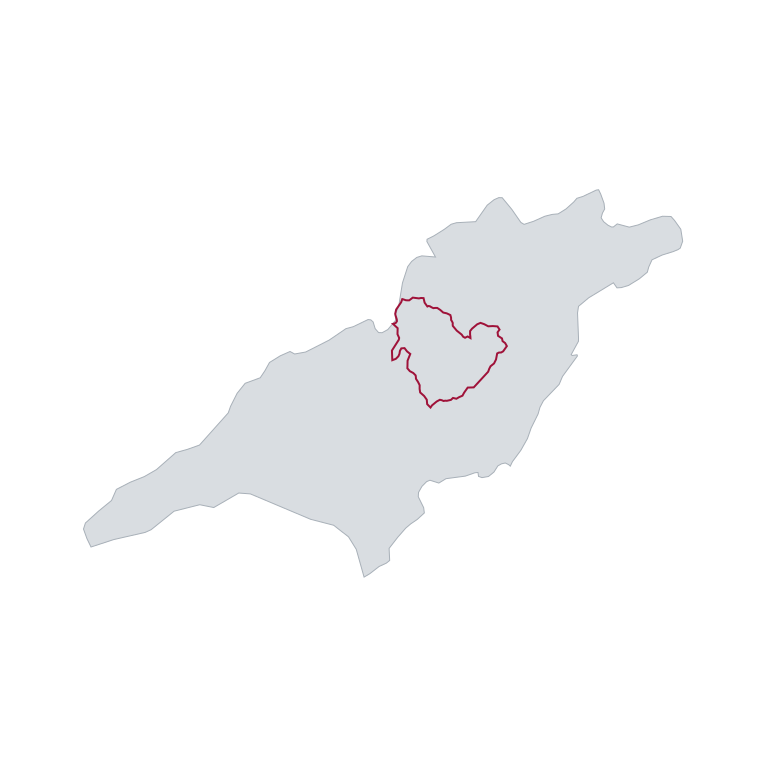 where Shida Kartli sits in Georgia, rotated 307°
{"feature_id": "GEO-3039", "entity_name": "Shida Kartli", "entity_type": "Region", "adm_level": 1, "iso_a3": "GEO", "parent_name": "Georgia", "parent_adm1": "", "projection": "mercator", "projection_center": [44.031, 42.172], "detail": "fine", "context": "in_parent", "style": "outline", "palette": "rose", "viewbox_px": 768, "rotation_deg": 307, "n_neighbors": 0, "source": "natural_earth", "source_scale": "10m", "svg_char_len": 3607}
<svg xmlns="http://www.w3.org/2000/svg" viewBox="0 0 768 768"><g transform="rotate(307 384 384)"><path d="M394.4,534.3L394.6,532.0L393.9,528.4L391.0,525.9L387.1,524.2L379.8,524.8L373.0,523.1L368.2,518.6L367.1,515.1L369.9,512.3L367.8,510.0L359.4,504.4L345.7,490.5L337.9,487.4L334.8,478.6L331.7,476.8L325.1,475.9L318.2,476.8L316.7,477.8L314.6,479.2L309.1,490.1L305.3,493.8L296.0,492.1L288.3,489.5L282.0,488.1L269.8,487.2L255.8,487.0L246.5,494.7L242.4,493.7L235.3,489.9L223.9,486.8L217.8,484.3L235.3,461.3L240.6,447.6L240.7,439.2L240.9,428.8L231.8,406.9L224.0,375.9L215.8,343.4L209.5,333.6L182.9,322.4L176.7,309.5L156.1,292.9L127.5,285.7L121.8,282.6L97.0,261.7L77.5,248.1L81.7,239.9L87.3,231.3L93.3,229.2L110.9,232.6L127.0,236.5L138.8,233.7L152.9,240.5L165.8,248.3L178.7,253.8L203.9,259.0L213.3,266.2L224.2,273.4L267.2,277.0L270.7,275.9L273.8,274.9L288.2,272.3L301.0,272.7L314.5,281.4L323.1,280.9L332.3,279.6L344.1,284.2L353.4,289.4L354.2,294.6L362.4,302.2L386.1,313.8L405.3,320.3L411.2,324.9L425.9,332.5L427.3,334.9L427.0,338.0L422.9,343.6L421.8,348.7L423.8,351.6L429.8,354.3L441.9,354.9L446.2,351.3L455.2,348.8L464.1,344.1L475.9,337.9L492.1,332.3L498.5,332.3L504.8,334.0L509.1,337.1L516.4,348.7L523.6,332.5L525.5,331.3L532.1,334.6L543.9,339.1L552.0,341.5L556.4,344.8L568.8,359.5L588.9,358.8L597.4,361.0L601.9,363.5L603.9,366.3L600.4,380.9L595.4,396.1L595.8,399.8L603.9,405.5L614.8,411.5L620.7,416.3L624.7,420.7L633.3,424.0L643.5,426.0L648.4,426.3L653.4,429.9L666.6,436.8L668.3,438.5L666.0,442.9L660.8,450.9L656.6,454.9L652.0,455.6L647.4,457.4L645.8,461.7L645.6,467.2L646.3,471.2L647.5,472.7L652.2,473.9L656.9,485.5L664.1,491.3L675.5,498.0L685.6,505.5L690.5,512.4L689.5,517.5L686.2,527.9L677.8,536.6L670.8,538.8L668.4,538.0L663.8,535.3L654.5,528.6L644.5,523.3L636.8,525.0L631.8,527.0L621.7,524.6L609.9,520.0L603.8,515.5L601.0,512.2L602.9,506.3L576.0,495.6L563.1,492.6L557.2,495.8L537.5,511.9L535.1,513.6L520.1,515.8L520.0,517.1L523.5,520.6L522.8,521.6L497.5,522.0L489.1,524.1L466.6,521.4L459.2,522.6L452.8,525.1L437.4,528.0L426.8,531.4L413.3,533.2L399.3,533.3L394.4,534.3Z" fill="#d9dde1" stroke="#a8b0b8" stroke-width="1"/><path d="M437.4,355.0L438.5,355.9L440.2,356.7L442.0,356.5L443.3,355.3L445.6,352.1L446.8,350.7L450.8,348.9L459.6,348.5L462.8,347.5L463.0,347.9L464.1,351.2L466.0,353.8L470.3,355.0L473.4,360.4L475.0,361.8L476.4,363.9L473.4,367.5L472.0,372.0L473.1,372.6L473.7,373.9L473.9,375.9L474.3,377.8L475.5,379.0L476.8,380.7L477.0,384.4L476.7,388.3L478.2,391.6L479.0,395.5L477.4,397.6L475.5,399.1L474.9,400.7L474.1,402.2L472.9,403.0L471.8,404.0L470.4,410.0L470.2,416.4L470.1,416.6L469.4,418.8L469.7,420.9L472.3,422.2L472.7,425.4L474.0,424.3L475.4,422.9L478.1,420.9L481.2,421.0L487.8,422.5L490.9,424.3L491.2,425.3L491.3,425.5L492.1,428.1L492.8,432.5L495.8,436.1L498.3,440.0L497.0,443.5L493.6,443.6L491.1,446.1L491.4,450.8L489.6,452.9L489.6,456.1L488.2,459.3L481.8,459.5L479.7,458.6L478.2,456.8L476.5,456.0L471.0,458.7L466.6,459.5L462.3,458.4L459.4,458.9L456.5,459.8L435.3,457.7L431.5,453.0L425.3,453.2L421.9,453.7L418.7,451.9L415.8,450.7L414.4,447.5L411.6,447.0L408.4,444.3L407.5,442.9L406.3,441.8L405.8,439.8L405.0,438.1L401.7,436.6L395.8,435.2L393.2,435.3L393.9,430.6L397.2,427.6L398.6,423.2L399.0,418.0L401.5,415.4L404.5,413.2L406.1,410.0L407.4,406.4L408.8,405.2L409.3,404.7L409.9,404.1L410.4,400.8L409.8,396.9L410.3,394.7L410.6,393.2L412.5,391.9L416.8,388.8L423.8,386.9L423.9,382.8L425.0,378.8L422.9,376.4L420.0,376.8L417.4,378.2L414.8,378.8L411.2,378.3L408.0,376.3L415.5,370.2L428.2,369.2L429.9,368.4L431.9,364.8L436.8,361.3L437.4,355.0Z" fill="none" stroke="#9f1239" stroke-width="2"/></g></svg>